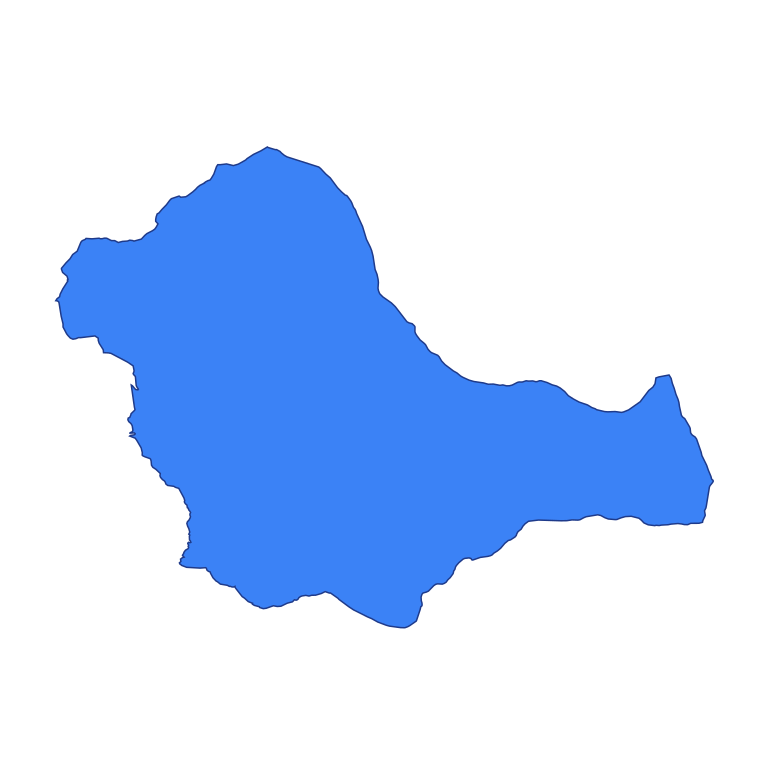 outline of Busteni, Prahova, Romania, rotated 356°
{"feature_id": "2599482B44498880667390", "entity_name": "Busteni", "entity_type": "district", "adm_level": 2, "iso_a3": "ROU", "parent_name": "Romania", "parent_adm1": "Prahova", "projection": "natural_earth1", "projection_center": [25.539, 45.419], "detail": "fine", "context": "isolated", "style": "filled", "palette": "blue", "viewbox_px": 768, "rotation_deg": 356, "n_neighbors": 0, "source": "geoboundaries", "source_scale": "gbopen_adm2", "svg_char_len": 6136}
<svg xmlns="http://www.w3.org/2000/svg" viewBox="0 0 768 768"><g transform="rotate(356 384 384)"><path d="M688.5,544.9L692.1,544.2L692.5,542.6L695.1,537.9L695.3,537.2L694.9,532.8L696.5,530.1L697.1,527.9L701.4,509.6L702.1,508.2L704.9,505.2L705.6,504.1L705.6,503.6L705.5,503.0L704.4,502.1L704.1,501.2L703.7,499.0L701.5,492.5L700.2,487.6L696.1,477.5L695.6,474.1L692.0,460.8L690.7,458.6L688.1,456.6L687.0,455.1L686.5,454.0L686.3,449.5L685.8,448.0L681.6,439.5L679.5,437.7L678.5,435.9L677.2,427.1L676.9,422.9L676.2,419.7L674.5,414.6L673.2,408.6L671.7,403.5L670.8,398.4L669.0,394.9L658.7,396.1L655.7,396.9L654.4,402.6L652.0,405.9L647.7,408.9L638.3,419.6L626.2,426.9L621.0,428.6L618.9,428.9L612.6,427.6L605.4,427.4L602.1,426.9L594.4,424.5L592.9,423.4L589.7,422.0L585.6,419.1L577.3,415.6L571.8,412.1L567.0,408.5L563.7,404.1L559.4,400.2L556.1,398.1L551.8,396.6L546.8,393.9L541.0,391.7L539.3,391.6L536.9,392.3L535.5,392.3L532.6,391.3L528.4,391.2L526.0,390.7L522.0,391.7L518.9,391.4L517.2,391.7L511.8,394.0L509.0,394.5L506.1,394.4L502.5,393.2L499.6,393.4L493.1,391.7L487.9,391.5L483.5,389.9L473.9,387.8L469.2,386.1L463.1,382.8L460.9,381.3L457.6,378.1L454.1,375.8L446.2,368.9L443.1,365.1L440.9,360.7L439.6,359.1L433.5,356.0L432.1,354.7L430.3,352.4L428.2,347.7L427.0,346.3L423.1,342.6L420.1,338.0L418.9,335.6L418.5,333.9L418.9,329.2L418.4,328.1L416.3,325.8L413.3,324.8L411.2,323.5L400.7,307.7L397.0,303.6L388.9,297.0L386.0,293.6L385.0,290.6L384.7,288.0L385.5,282.4L385.4,279.2L384.7,274.1L383.1,269.1L382.0,255.6L381.0,250.1L379.9,246.6L376.6,238.5L373.6,225.4L368.6,212.0L368.0,209.5L367.4,207.9L365.9,205.6L364.5,201.0L363.6,199.0L361.2,195.1L360.0,193.4L358.5,192.9L354.9,189.2L351.3,184.9L344.8,174.7L340.4,170.3L335.8,164.6L334.1,163.0L303.2,150.7L300.6,149.0L297.9,146.5L296.4,144.7L293.2,142.7L291.8,142.6L284.9,140.0L284.2,139.4L277.3,142.9L269.9,145.8L263.1,149.6L261.6,150.9L254.0,154.5L249.0,155.6L242.3,153.5L235.8,153.8L233.5,153.6L232.1,155.4L228.9,162.7L226.0,166.9L224.5,168.5L222.7,168.8L220.2,169.9L218.8,170.8L218.9,171.0L214.2,173.0L211.7,174.7L209.6,176.7L206.5,179.1L201.3,182.4L199.3,183.4L194.2,183.5L192.9,182.3L192.4,182.3L184.8,184.3L183.1,185.8L179.4,190.1L174.7,194.3L171.4,197.7L169.6,198.5L168.4,201.3L167.7,204.0L167.6,205.8L169.7,208.5L167.5,211.9L166.0,213.6L163.8,214.9L158.0,217.4L155.7,219.1L152.1,222.5L144.5,224.0L143.4,223.4L140.4,222.8L138.0,223.5L133.0,223.5L128.8,224.3L125.4,222.2L122.0,221.9L117.5,219.2L115.1,219.0L113.0,219.4L111.2,219.3L110.0,218.7L102.8,218.8L96.9,218.0L96.2,218.8L92.9,220.0L91.5,221.4L87.2,230.1L82.5,233.1L79.5,237.2L75.4,240.8L70.3,246.1L70.3,247.2L71.2,250.3L75.3,254.3L76.1,257.6L75.4,258.1L75.4,258.5L75.8,259.2L70.3,266.6L67.2,271.8L66.5,274.3L63.7,276.2L62.4,278.0L63.9,278.3L65.2,279.3L65.5,280.5L66.7,293.9L68.0,301.6L67.8,304.8L70.9,311.8L72.1,313.6L74.3,316.3L76.8,317.6L79.8,317.3L82.5,316.4L84.7,316.6L99.0,315.9L102.1,318.3L102.0,320.6L102.7,323.5L106.3,330.2L106.4,333.2L111.1,333.7L113.8,334.4L129.6,344.2L135.0,348.4L135.6,353.1L135.3,354.5L134.5,356.0L134.8,357.0L136.5,359.2L136.7,368.1L137.1,369.4L138.6,372.0L138.2,372.6L137.5,372.6L135.8,372.1L132.9,368.2L131.8,367.4L133.4,389.7L133.8,392.1L133.4,392.8L129.6,396.0L129.3,397.1L128.1,399.5L126.4,400.2L126.0,401.9L126.8,403.8L128.8,405.8L129.9,408.0L130.3,412.5L129.7,414.0L127.3,414.9L127.2,415.3L131.6,415.4L132.3,416.2L132.0,416.9L131.2,417.3L127.6,417.6L126.7,418.2L132.0,420.7L133.4,422.9L137.3,430.8L138.1,435.6L137.8,438.1L138.5,438.9L140.5,440.0L145.4,442.1L145.9,442.8L146.3,444.5L146.4,448.8L147.6,451.0L150.5,453.2L154.6,457.7L154.1,459.9L154.6,461.6L156.3,463.9L158.2,465.4L159.0,466.8L159.4,468.5L161.1,470.1L167.2,471.4L168.7,472.5L172.0,473.8L176.5,483.8L177.1,486.4L176.6,487.6L177.0,488.7L177.7,489.8L179.0,491.1L179.2,493.7L180.1,494.3L180.4,495.9L181.6,497.6L182.1,498.8L181.3,500.2L181.3,501.4L181.7,502.6L181.4,503.8L180.0,506.1L178.3,507.7L177.6,509.4L178.2,512.2L179.2,514.7L179.9,518.2L178.8,520.2L179.6,520.9L179.7,521.3L179.2,522.3L179.1,526.0L179.9,527.0L180.3,528.5L179.3,528.8L178.0,528.3L177.3,528.9L177.1,529.6L177.9,531.1L177.3,532.3L177.7,533.2L177.5,533.9L176.9,534.7L174.4,535.9L172.7,537.9L172.3,539.1L171.0,540.8L172.5,542.8L170.7,543.1L170.3,543.6L168.8,544.5L169.0,546.9L167.4,548.2L168.0,549.6L169.0,550.2L169.4,550.8L174.3,553.1L187.6,554.8L193.3,554.8L193.9,555.4L194.5,557.5L195.9,558.7L197.5,559.4L197.8,560.8L199.9,565.4L202.8,568.9L204.0,569.6L206.8,572.2L213.7,573.9L215.6,575.1L216.5,575.1L218.3,575.9L220.0,576.0L221.2,575.5L221.2,576.4L222.1,577.9L227.7,586.2L229.9,587.9L233.4,591.6L237.4,593.5L237.1,593.7L237.3,594.4L239.2,595.8L244.1,597.5L244.4,598.3L247.9,599.7L250.9,599.5L258.2,597.5L262.0,598.5L265.7,598.5L272.2,595.9L277.5,594.9L279.6,593.0L281.1,593.5L282.0,593.4L283.1,592.8L284.2,591.2L286.1,590.1L287.6,589.7L291.3,589.4L294.4,590.3L297.1,589.7L301.0,589.9L307.0,588.6L310.8,587.0L314.8,588.7L316.1,588.8L323.2,594.6L324.0,595.7L333.3,603.7L338.0,607.3L351.2,615.1L355.3,617.2L361.3,621.1L369.4,624.8L372.5,625.9L383.6,628.2L387.8,628.6L390.7,627.8L392.7,626.9L399.6,622.8L399.9,622.3L404.3,611.6L405.2,608.7L406.1,608.2L406.6,607.2L406.6,605.1L406.1,602.9L406.1,599.2L407.2,596.4L408.4,595.2L411.5,594.6L413.9,593.7L419.6,588.6L421.7,587.4L423.6,587.1L428.2,587.7L430.2,587.1L432.1,586.1L434.1,583.7L436.5,581.8L439.7,578.0L440.6,575.2L441.7,574.0L442.6,571.5L443.6,570.1L446.2,567.5L450.7,564.2L452.4,563.6L456.7,563.4L458.5,564.1L459.4,565.6L460.3,565.8L468.0,563.7L475.6,563.2L478.2,562.7L479.8,562.1L481.9,560.3L485.4,558.5L488.9,556.0L493.4,551.4L496.2,549.4L497.0,548.8L499.4,548.3L504.1,545.7L505.4,544.3L506.0,542.7L507.4,540.6L510.7,538.4L512.7,535.5L515.0,533.3L518.6,531.0L528.6,530.5L551.2,532.8L556.9,533.1L562.0,532.7L568.0,533.3L570.0,533.1L574.0,531.3L576.4,530.5L588.1,529.4L591.1,530.3L595.0,532.8L598.3,534.3L605.2,535.4L606.9,535.4L610.9,534.1L615.5,533.1L621.4,533.2L629.0,535.7L631.3,537.9L633.6,540.7L637.7,542.9L644.3,544.2L645.5,543.9L648.6,544.4L650.9,544.1L657.6,544.2L660.5,543.8L667.5,543.7L671.2,544.4L673.8,545.2L677.2,545.5L680.2,544.4L688.5,544.9Z" fill="#3b82f6" stroke="#1e3a8a" stroke-width="1.5"/></g></svg>